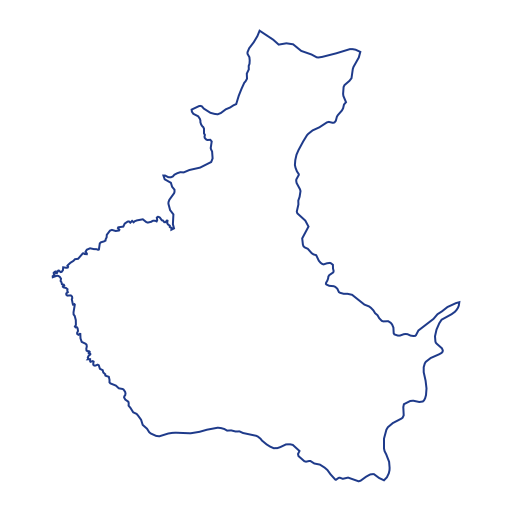 the district of Vijes, Valle del Cauca, Colombia
{"feature_id": "7082276B51677864129735", "entity_name": "Vijes", "entity_type": "district", "adm_level": 2, "iso_a3": "COL", "parent_name": "Colombia", "parent_adm1": "Valle del Cauca", "projection": "albers", "projection_center": [-76.484, 3.756], "detail": "fine", "context": "isolated", "style": "outline", "palette": "blue", "viewbox_px": 512, "rotation_deg": 0, "n_neighbors": 0, "source": "geoboundaries", "source_scale": "gbopen_adm2", "svg_char_len": 5975}
<svg xmlns="http://www.w3.org/2000/svg" viewBox="0 0 512 512"><path d="M459.3,302.2L456.0,303.1L447.5,307.0L441.9,311.4L437.5,314.2L433.5,318.9L418.4,330.5L415.9,335.3L415.1,335.9L413.4,336.0L410.6,335.6L407.5,334.2L405.7,334.0L403.8,334.2L399.9,335.6L397.9,335.6L394.4,334.4L393.7,333.3L393.4,327.6L392.1,324.5L390.7,322.8L388.2,321.2L383.4,321.4L381.8,320.9L379.2,318.2L377.5,315.2L375.1,313.2L373.4,310.4L370.9,307.8L369.0,306.4L364.4,304.6L352.1,294.8L347.5,293.8L343.7,293.8L340.1,292.8L338.9,292.1L337.3,288.7L335.3,286.9L333.7,286.2L329.2,285.8L326.4,284.5L325.9,283.9L326.1,282.7L327.3,280.7L328.1,278.5L328.4,276.5L329.3,275.1L333.1,272.5L333.5,271.8L333.6,270.9L333.0,268.5L332.9,264.8L330.8,263.2L329.9,262.9L326.9,263.3L323.6,264.4L322.3,264.0L320.6,262.8L318.8,260.7L316.2,255.2L313.5,254.4L311.7,253.2L307.8,248.8L304.7,247.4L303.5,246.3L302.9,244.6L302.2,238.4L308.5,226.6L305.3,220.6L297.4,213.4L297.0,212.4L296.8,211.5L298.4,204.5L298.3,200.6L299.6,196.8L300.5,191.1L300.0,189.3L296.6,183.0L296.2,180.8L296.3,179.5L298.8,174.9L298.8,174.2L296.9,171.3L295.5,167.7L294.9,165.0L295.3,160.0L296.5,154.7L298.5,150.1L303.2,141.4L307.0,135.2L308.2,133.9L312.6,130.4L319.4,127.3L326.9,122.4L328.8,121.9L332.7,122.8L333.8,122.7L334.5,122.4L335.8,120.8L336.9,116.7L337.8,115.2L341.9,110.5L343.1,108.3L344.0,104.5L346.0,102.2L343.4,96.0L343.1,93.9L343.6,87.0L344.5,85.1L349.4,80.9L351.5,78.2L352.8,69.0L353.5,66.9L358.8,57.5L360.3,51.9L355.6,49.7L352.4,49.1L350.0,49.1L336.3,53.3L322.2,56.9L318.3,57.5L316.7,57.3L311.5,54.5L301.2,50.9L293.1,44.3L286.4,43.3L278.7,44.6L273.2,39.7L259.6,30.7L257.4,36.1L253.7,42.3L249.2,48.2L247.5,52.2L247.5,53.8L249.4,57.2L249.7,60.4L249.5,63.8L248.7,65.9L248.8,69.4L246.8,73.6L247.0,78.7L245.5,81.4L244.3,82.7L241.6,88.6L238.8,95.6L236.2,104.1L233.5,105.3L230.1,107.5L225.8,109.3L220.9,113.0L217.7,114.3L214.5,113.9L210.4,112.8L203.8,108.6L201.8,106.3L200.4,105.9L199.0,106.1L191.6,109.6L191.9,111.7L193.3,113.8L198.2,116.3L199.9,118.9L200.4,120.6L200.4,122.2L201.1,124.4L202.3,126.3L203.2,127.0L204.0,128.7L204.0,133.4L204.9,134.9L204.5,136.8L204.8,138.0L206.2,139.5L207.3,140.0L210.3,139.8L211.7,141.5L210.7,148.1L211.1,149.5L212.1,151.5L212.6,158.4L211.2,162.0L200.1,167.6L189.4,170.0L183.7,172.4L180.3,172.2L177.3,173.2L174.4,174.7L172.8,176.5L170.8,177.3L168.3,177.2L165.0,175.5L163.4,175.5L164.7,179.3L170.9,182.8L172.1,186.8L174.5,189.7L174.5,191.9L174.1,193.2L169.4,199.7L168.5,202.1L168.4,203.7L170.1,210.1L173.4,214.4L172.9,224.2L174.0,228.4L171.4,229.7L171.5,227.8L170.0,227.2L169.7,226.9L169.8,225.7L167.9,224.4L167.2,223.1L167.5,220.7L167.0,220.5L165.3,222.2L164.3,222.2L162.9,220.5L161.8,220.3L159.9,217.6L158.6,216.9L157.8,216.8L156.8,217.6L157.2,220.2L156.6,221.4L155.4,220.8L153.2,220.7L152.0,221.2L151.5,221.7L147.8,222.6L146.3,222.1L142.8,219.3L136.9,220.4L134.6,221.3L133.6,222.3L132.1,220.9L130.3,222.7L128.9,221.4L127.6,221.6L124.7,223.6L123.3,226.6L118.3,227.3L117.9,228.1L119.4,229.8L119.0,230.5L115.7,231.0L111.9,229.9L110.0,230.6L106.8,234.8L106.6,237.4L105.6,239.4L105.5,240.6L104.0,241.4L100.9,242.3L99.8,243.4L98.9,249.5L98.1,249.8L96.6,249.2L93.8,249.1L90.1,248.3L86.8,249.7L85.6,251.6L86.9,253.7L86.8,254.2L84.5,254.0L83.9,253.3L82.8,253.4L78.1,258.8L75.0,259.2L73.4,260.9L70.5,262.7L68.1,264.9L67.4,265.7L68.1,266.8L67.7,267.6L66.2,267.8L63.2,267.3L62.9,270.2L61.6,271.9L60.6,272.1L58.8,270.5L58.1,270.7L56.9,273.1L56.0,273.0L55.7,271.5L54.8,271.8L53.7,272.8L53.8,273.8L54.4,274.3L54.5,274.9L52.7,276.2L52.8,277.2L57.0,275.7L58.5,276.0L59.8,276.9L61.0,278.7L60.6,281.0L61.5,282.3L61.9,284.2L63.8,284.7L64.2,285.5L62.8,286.4L62.8,286.7L63.6,287.4L66.0,288.0L67.5,289.2L67.3,291.1L67.9,292.1L66.3,293.4L66.3,294.7L67.3,295.6L70.8,295.4L72.0,296.5L72.3,298.1L71.8,299.2L72.8,304.1L73.1,304.7L74.4,304.1L74.8,304.6L73.5,312.4L73.6,314.5L74.7,315.9L75.8,320.1L75.9,325.0L74.9,326.5L75.6,327.4L76.8,327.2L77.6,328.3L78.0,331.0L77.1,332.9L77.2,333.9L78.4,334.8L79.8,333.8L80.3,333.9L80.5,338.4L81.7,341.9L85.5,343.7L86.5,344.6L86.8,346.4L86.3,348.7L86.5,350.5L87.3,351.1L89.0,351.2L89.5,351.6L88.7,352.6L88.7,353.2L90.1,353.4L90.4,354.1L90.1,354.7L89.1,355.3L88.3,356.3L87.8,357.6L88.4,358.5L87.8,359.3L90.1,359.2L90.1,361.1L90.5,361.8L92.7,361.1L93.6,361.6L93.2,364.1L93.4,364.9L94.3,365.6L95.3,365.6L97.7,364.7L98.8,365.3L99.9,368.8L102.7,370.2L103.3,372.5L105.3,374.3L105.2,375.0L105.5,375.7L108.8,376.8L109.5,379.8L109.5,382.4L110.4,383.4L115.9,385.6L118.8,388.3L122.6,389.0L123.5,389.5L125.1,391.8L125.5,393.4L125.2,395.2L124.3,396.3L124.1,397.5L125.3,399.6L128.3,401.7L128.7,403.1L128.6,405.7L130.4,407.8L133.2,412.3L136.6,413.9L138.0,415.5L141.1,419.8L142.7,424.9L147.0,428.7L149.2,432.2L150.8,433.5L156.1,435.9L159.3,436.3L168.3,433.5L172.2,432.9L175.7,432.7L190.5,433.3L199.6,431.8L207.0,429.7L217.8,427.7L221.1,428.1L224.3,429.0L227.1,430.6L231.2,430.4L235.6,431.5L239.5,431.4L243.0,433.0L256.2,435.8L257.9,436.6L260.5,438.7L262.0,440.6L266.6,444.4L270.1,446.6L273.7,448.2L277.4,448.1L280.3,447.1L286.0,444.4L290.1,444.3L292.8,444.9L299.5,451.0L298.0,454.0L298.5,456.1L304.3,461.2L306.0,461.7L309.1,461.0L310.4,461.0L314.3,463.5L319.9,464.6L324.6,467.6L327.4,470.0L330.5,474.3L335.2,479.5L335.9,479.8L338.6,477.9L339.8,477.7L342.8,478.8L348.1,477.6L358.6,481.3L360.6,480.7L366.1,476.7L368.8,475.2L370.4,474.4L373.1,474.1L374.0,474.2L379.1,478.0L384.0,480.3L386.9,477.3L388.8,473.3L389.5,470.2L389.6,467.8L389.1,461.8L386.2,454.3L384.6,451.2L384.0,448.5L384.0,438.6L386.4,429.7L387.9,427.2L392.9,423.0L401.4,418.6L402.6,417.7L403.7,415.3L403.3,407.1L403.9,404.2L410.2,401.0L413.2,400.7L419.3,402.0L422.8,401.5L424.0,400.4L425.1,398.3L426.0,395.1L426.5,388.5L425.6,380.8L423.7,372.2L423.7,367.2L424.8,363.4L425.8,361.8L430.7,358.0L439.1,354.3L441.6,352.9L442.6,351.7L442.8,350.4L441.9,348.3L436.8,343.8L435.8,342.7L435.4,341.4L435.0,336.3L436.5,329.6L439.3,323.2L441.6,319.7L451.6,314.2L454.9,311.8L456.5,310.0L458.0,307.7L458.8,305.6L459.3,302.2Z" fill="none" stroke="#1e3a8a" stroke-width="2"/></svg>